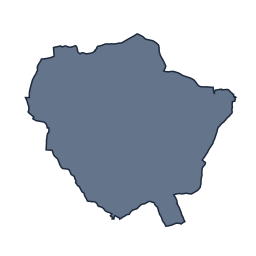 Tritenii De Jos, Cluj, Romania (Robinson projection), rotated 5°
{"feature_id": "2599482B80475446789021", "entity_name": "Tritenii De Jos", "entity_type": "district", "adm_level": 2, "iso_a3": "ROU", "parent_name": "Romania", "parent_adm1": "Cluj", "projection": "robinson", "projection_center": [24.012, 46.587], "detail": "fine", "context": "isolated", "style": "filled", "palette": "slate", "viewbox_px": 256, "rotation_deg": 5, "n_neighbors": 0, "source": "geoboundaries", "source_scale": "gbopen_adm2", "svg_char_len": 5675}
<svg xmlns="http://www.w3.org/2000/svg" viewBox="0 0 256 256"><g transform="rotate(5 128 128)"><path d="M189.3,219.0L190.1,218.2L190.7,217.7L192.8,216.3L191.9,214.9L190.1,211.2L189.5,210.5L188.9,209.3L188.2,207.3L186.0,202.9L185.2,201.7L184.3,200.6L184.0,199.8L183.6,199.4L183.9,199.4L183.4,198.0L183.2,197.5L183.1,196.6L182.8,195.7L182.2,194.6L181.7,193.7L179.4,190.6L182.0,189.5L183.7,189.0L184.4,188.9L188.0,188.9L191.2,188.0L192.1,187.9L193.3,188.1L197.0,188.2L202.1,184.6L203.2,183.7L203.7,183.0L204.4,181.7L205.0,181.1L205.1,180.7L205.2,180.2L205.1,179.7L205.5,177.6L205.5,177.0L205.5,176.3L205.5,176.1L205.4,175.9L205.3,172.6L205.4,171.6L205.8,168.9L205.6,167.0L205.4,165.7L205.4,162.2L205.5,161.7L205.6,161.2L206.0,160.4L207.8,157.8L208.0,157.2L208.1,155.6L206.1,154.4L204.8,153.4L205.5,152.1L206.7,150.3L208.2,147.3L209.0,145.9L209.5,144.9L209.9,143.5L210.6,142.1L211.4,140.4L213.7,136.4L213.9,136.1L213.9,135.1L215.1,131.6L215.9,128.3L216.9,124.1L217.2,121.5L217.8,119.6L219.3,117.7L220.9,115.5L221.4,114.9L222.5,114.0L223.2,113.2L224.8,111.0L225.9,109.3L227.1,108.1L227.8,107.3L228.3,106.9L228.7,105.9L229.6,104.9L230.3,104.0L230.3,102.3L229.8,100.2L229.8,99.5L230.2,99.1L230.1,98.5L230.2,98.3L229.9,97.0L229.7,95.9L229.7,94.8L229.8,94.1L229.6,92.7L232.2,91.9L232.2,91.6L231.9,91.2L232.4,89.8L232.0,89.5L231.8,88.9L232.0,88.6L232.8,88.0L232.2,87.7L231.7,87.6L231.1,87.6L230.6,87.7L230.5,86.3L230.4,85.8L230.1,86.0L229.8,85.8L229.6,85.1L229.4,84.8L227.3,83.4L225.3,81.6L224.6,81.1L223.6,81.0L222.5,81.1L219.0,81.7L218.3,81.8L218.2,81.3L218.0,81.2L217.7,81.2L217.0,81.5L216.1,81.4L215.7,81.5L214.8,82.0L211.7,82.6L211.0,84.5L211.0,85.0L211.1,85.8L211.0,86.6L210.9,86.2L210.8,85.7L210.4,84.8L209.7,82.6L209.6,81.8L209.4,80.8L209.2,80.0L207.8,80.2L203.8,80.1L197.6,80.6L196.4,80.4L195.2,80.0L194.5,79.6L193.9,79.2L190.7,75.5L189.7,74.6L189.1,74.2L188.2,73.7L186.4,73.0L184.3,72.4L179.0,71.2L178.1,70.9L177.1,70.5L176.7,70.2L173.6,68.8L168.6,67.7L168.5,67.8L166.2,67.8L163.9,68.5L161.8,68.5L160.7,68.6L158.6,68.1L159.3,66.5L160.3,63.6L160.0,63.1L160.0,62.5L159.9,62.3L158.0,59.0L157.5,58.1L157.0,57.6L156.6,56.7L155.0,54.6L153.6,52.2L152.4,49.0L151.9,44.9L151.6,43.9L151.3,43.0L150.8,42.3L150.3,42.0L148.5,40.6L145.4,39.0L144.3,38.8L138.2,38.0L136.9,37.4L135.7,36.3L134.8,35.7L131.8,34.4L129.7,33.6L129.1,33.5L128.8,33.5L128.6,33.6L126.4,35.4L120.0,39.7L114.7,43.5L114.3,43.7L113.4,44.0L112.2,44.1L107.2,45.5L104.8,45.5L102.5,45.9L99.4,46.1L98.2,46.3L95.5,47.5L94.9,47.9L92.7,48.7L91.8,48.9L91.2,49.1L90.8,49.3L90.2,50.0L89.9,50.7L89.8,51.5L89.6,51.9L88.5,53.4L88.3,53.5L88.7,54.0L87.1,55.2L86.5,55.7L86.1,56.0L84.6,56.7L80.2,57.7L79.4,57.6L77.1,57.1L75.8,57.0L75.0,57.3L74.6,57.5L74.0,58.2L73.5,58.1L72.0,57.2L71.7,56.8L71.3,56.0L71.0,55.3L70.7,54.1L70.2,52.6L70.0,52.1L69.2,51.0L68.8,50.6L68.6,50.6L67.2,51.1L65.9,51.8L63.6,52.5L62.8,52.6L62.2,52.6L61.4,52.4L58.8,51.7L58.4,51.7L57.9,51.8L57.1,52.1L56.5,52.6L55.1,52.9L54.8,53.0L54.7,53.0L54.3,52.5L54.1,52.2L53.7,52.2L53.1,52.3L52.4,52.5L50.2,53.3L49.2,53.5L46.8,54.3L46.9,55.5L48.2,62.8L47.7,63.0L47.5,63.3L47.1,63.5L46.1,64.0L44.5,64.7L43.7,65.0L39.0,66.3L38.0,66.4L37.7,66.6L36.2,66.7L35.5,67.1L35.6,67.5L35.5,68.1L33.0,72.9L32.4,74.6L32.3,74.9L32.4,75.5L32.7,77.5L32.8,78.3L32.8,78.9L32.1,80.0L31.6,82.0L30.9,83.4L30.2,84.6L29.8,85.6L28.7,88.4L28.5,89.4L27.1,97.1L26.7,100.5L26.7,101.6L26.9,105.4L27.1,106.3L23.2,106.6L25.1,109.9L25.7,111.6L26.5,113.5L27.3,115.5L27.6,117.2L27.6,117.7L27.6,118.6L27.1,120.7L27.7,121.0L27.8,121.5L33.3,125.3L32.6,126.4L32.4,127.1L35.6,128.6L37.0,128.8L43.2,129.3L43.8,129.4L45.4,130.5L46.4,131.6L47.1,133.0L47.4,134.5L47.6,135.0L48.9,134.7L49.0,135.0L49.4,136.4L49.4,136.8L49.5,137.5L49.3,138.3L49.4,139.4L49.4,139.5L49.2,139.6L48.9,139.7L48.4,140.5L48.2,141.4L47.9,146.8L47.9,147.4L47.9,148.6L48.1,149.4L48.3,156.9L53.3,156.8L54.5,156.9L54.6,157.4L55.1,158.4L55.3,159.1L56.2,161.0L56.6,161.6L57.1,162.3L60.6,164.9L63.3,170.5L64.1,171.7L64.7,172.6L65.1,173.0L65.9,173.7L66.3,174.0L66.7,174.1L68.9,174.1L71.0,174.2L72.0,174.4L72.5,174.5L72.8,174.8L73.7,175.9L74.1,176.6L75.3,179.0L75.6,179.4L75.8,179.5L77.0,180.0L78.4,180.8L78.6,181.0L79.0,181.7L79.4,182.8L80.6,185.3L80.8,185.9L80.8,186.4L80.8,186.6L80.5,186.9L80.5,187.1L81.3,187.7L82.2,189.0L83.4,190.2L83.7,190.4L84.5,190.6L84.8,190.8L86.0,193.0L87.5,195.2L88.2,195.9L89.4,196.4L89.8,196.7L90.0,197.0L90.5,198.8L91.0,199.8L91.5,200.4L92.8,202.3L93.8,204.1L94.1,204.3L94.6,204.5L95.7,204.4L97.7,204.4L98.3,204.7L99.7,204.4L100.7,204.4L101.2,204.5L102.7,205.2L103.2,205.5L103.6,205.9L103.9,206.3L104.4,207.5L104.6,207.8L105.5,208.6L106.9,208.8L108.4,209.1L110.0,209.9L110.6,210.3L110.9,210.6L111.4,211.3L112.3,212.2L112.9,212.7L114.3,213.3L115.8,213.7L116.8,213.8L119.5,215.1L119.2,215.6L118.1,217.0L119.0,217.7L120.3,218.4L120.1,220.0L121.9,219.9L121.9,218.9L122.1,217.6L122.6,216.4L125.2,217.5L126.1,218.1L127.0,218.2L127.5,218.7L127.6,219.1L127.8,218.8L128.7,219.0L130.3,217.4L131.9,216.4L134.5,214.4L135.5,214.1L136.5,214.0L136.9,213.6L137.6,212.1L138.5,210.7L139.7,209.6L141.6,208.6L143.7,207.8L144.1,207.5L144.4,207.2L145.2,206.2L146.1,205.0L147.4,203.5L148.9,202.5L149.4,202.5L151.5,201.9L154.6,199.7L155.2,199.4L156.0,199.3L157.3,199.3L158.3,199.8L159.0,200.0L159.7,199.8L160.3,199.9L160.8,200.7L161.6,202.1L162.2,202.9L163.1,203.3L163.6,203.9L164.0,204.1L164.3,204.5L166.2,209.3L166.7,210.3L167.0,211.0L167.2,211.5L168.7,213.4L169.6,215.2L170.4,217.2L171.7,219.0L172.4,219.6L173.0,220.3L173.2,220.8L173.7,221.4L174.0,222.2L174.1,222.5L176.2,222.1L178.0,221.6L179.9,220.9L183.6,219.0L184.5,218.6L185.6,218.5L187.1,218.6L188.5,218.6L189.0,218.7L189.3,219.0Z" fill="#64748b" stroke="#1e293b" stroke-width="1.5"/></g></svg>